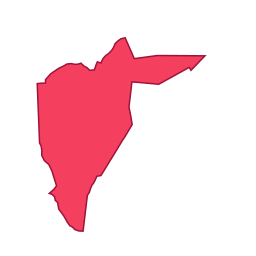 the district of Januário Cicco, Rio Grande do Norte, Brazil, rotated 165°
{"feature_id": "56859067B41568105980397", "entity_name": "Januário Cicco", "entity_type": "district", "adm_level": 2, "iso_a3": "BRA", "parent_name": "Brazil", "parent_adm1": "Rio Grande do Norte", "projection": "robinson", "projection_center": [-35.596, -6.134], "detail": "fine", "context": "isolated", "style": "filled", "palette": "rose", "viewbox_px": 256, "rotation_deg": 165, "n_neighbors": 0, "source": "geoboundaries", "source_scale": "gbopen_adm2", "svg_char_len": 1076}
<svg xmlns="http://www.w3.org/2000/svg" viewBox="0 0 256 256"><g transform="rotate(165 128 128)"><path d="M184.7,73.4L181.9,76.0L180.0,79.0L178.0,81.7L175.6,83.6L173.4,85.9L170.6,89.4L166.4,89.1L159.6,95.5L154.0,100.9L151.4,103.3L147.8,106.7L136.4,117.6L133.5,120.1L123.1,130.2L122.3,138.1L121.6,148.1L115.6,163.1L112.3,171.5L104.4,168.7L87.0,162.3L53.2,170.7L52.2,167.4L35.0,177.8L80.8,190.4L104.0,193.4L107.4,215.9L111.9,216.0L115.7,214.5L118.8,212.7L120.8,209.9L123.7,207.2L127.6,204.9L130.7,203.8L134.2,201.5L137.5,197.7L140.4,199.9L142.2,197.7L145.4,192.9L150.0,193.6L151.8,196.7L154.4,199.1L156.7,202.8L159.5,202.6L162.4,203.1L166.7,205.1L170.8,205.6L173.5,204.7L179.8,203.5L188.8,200.3L195.2,196.0L196.1,192.7L200.0,193.7L204.2,194.4L217.3,136.4L216.6,132.9L217.1,128.5L218.4,124.0L217.3,118.2L214.0,113.3L212.6,106.0L212.2,95.0L212.0,90.6L215.7,87.8L221.0,85.2L218.4,83.5L216.7,80.4L217.0,77.0L215.3,74.3L215.9,67.7L212.8,59.7L210.9,52.5L209.5,48.7L207.4,46.8L205.6,43.6L202.2,41.3L198.1,40.0L184.7,73.4Z" fill="#f43f5e" stroke="#9f1239" stroke-width="1.5"/></g></svg>